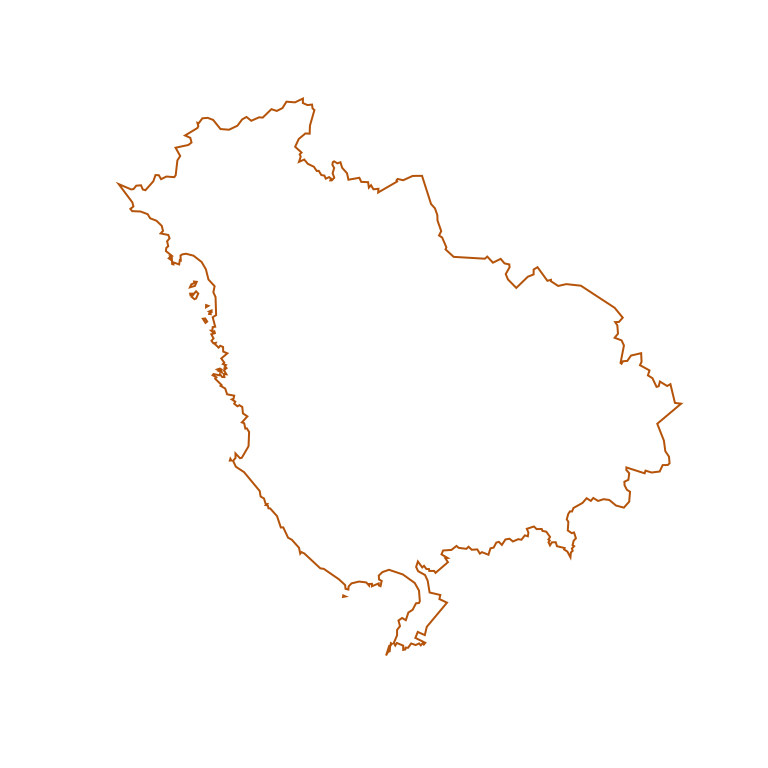 La Huerta, Jalisco, Mexico (Robinson projection), rotated 10°
{"feature_id": "50627088B67615476566962", "entity_name": "La Huerta", "entity_type": "district", "adm_level": 2, "iso_a3": "MEX", "parent_name": "Mexico", "parent_adm1": "Jalisco", "projection": "robinson", "projection_center": [-104.926, 19.493], "detail": "fine", "context": "isolated", "style": "outline", "palette": "amber", "viewbox_px": 768, "rotation_deg": 10, "n_neighbors": 0, "source": "geoboundaries", "source_scale": "gbopen_adm2", "svg_char_len": 6178}
<svg xmlns="http://www.w3.org/2000/svg" viewBox="0 0 768 768"><g transform="rotate(10 384 384)"><path d="M607.6,277.2L597.9,268.9L560.8,253.0L546.1,254.0L538.5,257.2L530.6,253.8L530.3,252.4L527.0,254.0L514.9,242.3L511.5,245.3L512.3,250.1L507.0,253.4L497.6,266.4L487.9,259.5L484.8,254.6L487.4,247.2L486.6,244.5L481.7,244.3L477.2,240.5L470.2,245.6L463.6,240.6L461.6,243.1L430.5,246.7L421.2,240.7L421.7,238.6L415.8,229.6L412.4,228.2L413.8,223.5L408.3,213.7L407.2,208.4L403.7,202.2L399.1,198.6L385.3,172.4L376.1,174.1L367.5,180.0L361.9,179.7L360.9,181.2L361.8,182.3L345.0,196.4L344.6,192.7L339.8,194.1L336.7,190.5L335.0,193.2L333.3,188.0L326.5,188.9L323.9,185.2L313.5,189.0L311.0,182.9L305.2,178.3L302.6,173.2L299.8,174.8L296.2,173.4L295.1,174.4L295.1,177.1L297.4,179.9L296.8,185.3L299.2,189.5L297.2,192.6L295.8,192.8L296.2,191.0L294.0,189.8L291.0,191.9L289.1,189.1L286.0,189.1L282.7,185.4L280.8,185.9L277.2,182.2L270.7,180.4L266.5,176.8L261.7,180.0L262.5,174.5L261.1,172.5L262.6,170.4L255.3,165.8L257.5,157.5L263.1,150.9L267.3,150.4L266.2,142.4L267.9,126.3L265.8,125.0L264.6,121.3L260.2,122.6L255.3,121.4L254.6,117.0L247.4,122.1L238.9,122.9L236.1,129.9L231.0,133.7L225.4,132.9L218.3,142.7L214.6,143.1L207.6,147.8L202.2,144.9L198.4,148.0L194.8,155.1L187.2,160.5L178.7,161.3L169.9,153.6L164.2,152.5L159.0,153.9L156.2,159.4L154.9,159.2L156.4,162.4L155.8,164.3L144.9,173.8L150.5,175.2L152.5,179.6L149.8,182.6L137.7,187.5L143.7,194.8L141.7,199.7L142.6,214.5L141.6,216.7L133.6,217.5L128.9,221.0L126.0,217.5L122.7,217.9L121.6,224.5L115.4,234.6L112.7,234.3L110.2,230.5L105.6,231.7L103.5,235.5L101.3,236.3L88.0,233.2L104.7,248.9L106.4,252.7L103.8,255.6L106.0,257.5L114.3,256.4L121.8,257.8L124.9,261.4L131.5,262.7L137.6,266.8L139.8,271.6L137.9,274.5L145.7,274.7L147.5,277.8L145.6,281.1L147.6,285.8L146.0,287.7L146.1,290.9L152.8,294.6L151.4,295.2L153.0,296.1L154.6,302.7L155.8,302.8L155.2,300.8L161.5,301.8L161.4,297.4L162.4,297.6L161.3,292.8L162.8,291.4L166.4,290.1L174.1,290.7L183.2,295.5L188.7,302.0L193.0,311.6L200.2,317.1L200.0,323.3L203.0,327.6L206.7,345.3L203.7,348.0L207.8,356.9L205.4,357.7L205.7,361.0L204.4,361.4L206.3,362.6L207.8,361.6L208.6,363.3L205.3,365.0L208.2,368.7L206.6,371.4L208.9,373.6L211.2,372.7L210.8,374.2L214.8,376.9L216.1,374.8L219.1,375.5L220.0,380.0L224.4,381.0L219.3,387.1L222.9,390.6L221.9,392.3L225.0,392.8L224.1,394.0L225.9,395.5L223.3,396.5L225.4,396.6L224.1,398.5L227.1,401.8L224.5,402.0L225.6,404.9L223.4,405.2L220.7,402.7L220.3,404.0L214.4,403.8L213.7,405.1L217.8,406.5L216.8,408.1L224.2,413.2L223.4,414.2L228.4,416.0L231.3,421.4L238.5,421.5L238.4,424.6L236.8,425.6L240.6,427.2L239.9,429.4L243.5,431.4L245.2,430.0L248.4,431.2L250.2,437.5L255.1,439.6L250.7,446.5L253.1,446.9L255.2,452.0L256.6,451.5L259.5,454.7L261.4,468.8L256.8,481.3L255.1,482.1L249.8,478.2L250.6,482.6L248.7,485.9L252.5,491.2L261.5,495.1L280.2,511.0L282.0,516.2L285.7,517.6L288.4,522.9L289.5,522.6L288.7,523.8L290.7,523.8L291.8,526.5L293.5,526.3L301.6,532.7L307.3,543.2L309.7,542.7L316.2,552.0L320.3,553.4L328.7,560.0L331.0,565.6L331.9,563.9L334.9,564.7L353.3,576.6L356.8,576.5L373.4,584.1L380.6,588.7L381.7,592.4L384.6,592.6L384.3,589.6L386.6,586.0L393.7,582.9L401.0,582.5L404.3,585.1L404.2,583.5L406.8,582.9L407.2,585.3L413.4,581.3L413.9,583.3L415.7,583.7L415.9,578.3L413.1,577.4L412.1,573.6L415.1,569.5L421.2,566.1L435.7,568.3L448.8,574.6L454.3,581.3L457.0,591.6L456.5,593.6L453.6,594.4L451.4,601.4L447.7,604.8L446.5,612.8L442.4,611.3L439.3,614.4L441.8,619.7L439.6,623.9L440.5,629.3L438.6,637.4L440.5,639.6L441.6,636.8L448.3,638.3L449.1,642.5L451.1,641.7L451.0,639.9L453.5,639.6L455.8,634.8L460.5,635.6L463.6,633.4L465.6,635.0L467.3,632.2L468.5,633.6L469.6,631.7L459.0,628.6L460.3,622.3L467.8,624.2L468.3,615.7L484.0,588.4L475.9,586.2L476.1,582.0L465.1,581.4L461.2,570.2L457.6,565.0L450.1,562.4L447.4,558.6L448.2,552.9L453.5,558.0L455.0,556.1L457.8,558.8L460.5,558.5L461.0,560.2L465.9,559.4L467.5,561.1L477.9,548.4L474.7,545.0L476.9,544.3L470.2,541.8L471.1,537.7L479.2,535.7L483.5,530.9L486.0,532.4L493.8,532.0L495.5,529.6L499.2,532.0L504.6,530.7L507.9,534.4L509.6,532.6L516.5,534.0L517.4,527.3L520.4,526.1L522.1,520.7L524.5,519.5L528.0,522.0L530.6,516.0L534.5,514.6L538.3,516.7L543.2,513.5L546.4,513.5L549.0,508.6L552.1,509.0L552.0,505.2L549.8,501.8L556.4,498.3L559.5,500.4L564.5,499.4L565.5,501.1L569.5,501.3L574.1,505.8L572.9,508.6L574.4,509.3L573.5,511.3L575.5,514.1L576.8,510.8L580.6,510.0L582.5,513.7L590.4,514.2L590.1,515.7L593.6,517.1L597.7,522.3L597.3,517.5L598.8,515.5L597.6,513.4L599.4,510.7L597.7,510.0L598.0,505.4L599.8,502.6L596.9,497.2L594.8,498.3L590.4,496.3L589.5,487.7L587.5,485.6L588.0,480.1L589.2,477.2L591.3,476.9L592.1,473.2L600.1,466.7L603.4,461.3L608.0,463.2L609.9,459.9L615.1,462.0L620.3,459.3L626.0,459.1L633.6,463.4L641.7,464.1L645.9,457.3L645.0,447.4L641.6,446.0L638.5,442.0L637.7,438.5L641.3,435.9L641.0,429.3L637.6,426.6L637.2,424.1L656.2,426.7L656.6,423.9L662.9,424.7L670.7,422.3L672.5,415.5L677.5,414.5L679.0,412.5L677.3,406.1L672.7,401.3L669.5,391.2L660.0,375.7L680.0,351.8L673.8,352.1L666.1,334.4L663.2,336.8L655.3,333.7L654.9,338.5L652.9,339.5L647.3,331.6L642.4,329.7L643.1,324.5L632.8,321.0L633.8,317.5L631.9,309.0L622.3,313.1L619.6,319.0L615.4,320.1L614.4,322.8L613.3,322.2L613.6,304.4L610.4,299.8L603.1,298.4L605.7,293.8L603.6,285.7L600.9,282.9L604.6,282.1L607.6,277.2ZM184.1,332.4L185.4,327.2L182.8,325.4L179.3,331.5L182.6,333.4L184.1,332.4ZM181.8,315.9L179.2,316.1L179.8,317.5L176.9,319.3L176.1,322.5L180.8,320.2L181.8,315.9ZM196.5,350.5L194.3,351.2L197.6,354.8L199.0,353.2L196.5,350.5ZM435.6,641.1L434.6,641.1L433.2,651.0L434.4,647.1L436.0,646.3L435.6,641.1ZM195.4,339.3L197.4,337.6L195.1,337.2L195.4,339.3ZM221.5,398.0L219.7,397.3L217.5,398.5L220.8,399.1L221.5,398.0ZM380.6,600.8L383.0,599.9L380.6,599.3L380.6,600.8ZM177.9,330.0L179.5,329.1L179.5,328.3L177.4,328.7L177.9,330.0ZM201.4,341.5L199.6,342.7L201.7,342.9L201.4,341.5ZM247.0,485.8L245.7,484.3L245.5,486.2L247.0,485.8ZM201.2,345.3L200.7,343.8L199.7,343.9L199.6,345.4L201.2,345.3ZM151.7,298.3L151.2,296.3L150.2,297.6L151.7,298.3ZM222.3,400.7L221.5,399.2L219.5,400.0L222.3,400.7ZM435.6,640.9L436.9,638.5L435.8,638.0L435.6,640.9Z" fill="none" stroke="#b45309" stroke-width="2"/></g></svg>